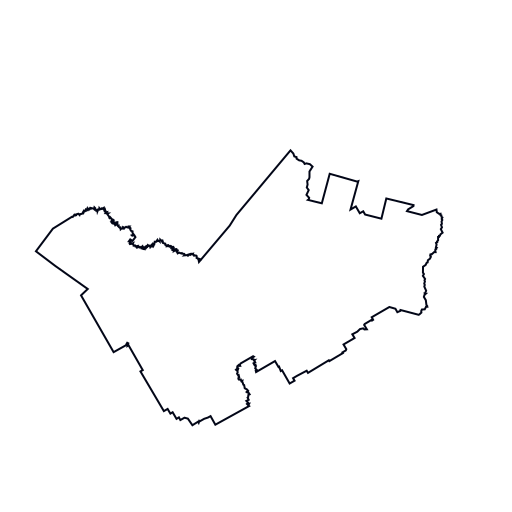 Lachlan, New South Wales, Australia, rotated 52°
{"feature_id": "25037944B93105500759341", "entity_name": "Lachlan", "entity_type": "district", "adm_level": 2, "iso_a3": "AUS", "parent_name": "Australia", "parent_adm1": "New South Wales", "projection": "mercator", "projection_center": [147.012, -32.8], "detail": "fine", "context": "isolated", "style": "outline", "palette": "ink", "viewbox_px": 512, "rotation_deg": 52, "n_neighbors": 0, "source": "geoboundaries", "source_scale": "gbopen_adm2", "svg_char_len": 6146}
<svg xmlns="http://www.w3.org/2000/svg" viewBox="0 0 512 512"><g transform="rotate(52 256 256)"><path d="M350.2,410.3L350.9,403.6L352.1,403.8L351.2,402.4L351.6,402.4L352.4,397.0L353.7,393.4L354.2,390.4L363.9,391.9L370.0,353.8L368.9,354.0L368.5,353.1L368.3,354.0L367.0,354.2L366.9,352.5L364.3,352.8L364.8,350.3L362.4,349.8L362.3,349.0L360.8,347.6L361.1,346.2L358.8,346.0L358.4,346.8L357.4,347.1L357.3,345.2L355.5,345.3L353.3,346.3L350.4,344.8L349.6,345.2L347.2,344.3L346.3,344.6L345.8,343.6L345.3,344.5L343.9,344.0L343.0,345.5L341.9,345.5L341.3,344.3L340.3,344.9L341.0,343.8L339.2,343.0L339.1,343.5L337.1,343.4L336.4,342.1L335.2,341.4L333.3,341.8L333.2,340.7L334.3,340.1L333.7,339.2L332.2,339.4L331.4,338.6L331.3,337.4L331.7,337.6L332.8,336.1L331.7,335.8L331.2,334.3L333.2,320.0L334.0,319.7L333.9,321.0L334.8,322.7L336.1,321.5L336.9,321.8L337.2,321.2L337.3,321.8L339.3,322.1L339.0,324.0L340.9,324.3L341.4,323.4L342.5,324.3L342.8,324.0L344.1,325.8L347.0,325.4L347.2,326.0L346.4,325.9L346.2,326.8L347.5,327.4L350.5,305.7L357.3,306.6L357.4,305.9L361.9,307.3L362.1,305.8L377.2,308.0L378.0,302.4L375.1,302.0L375.7,297.4L377.6,286.7L380.1,287.0L383.0,262.8L384.0,262.9L386.0,247.3L385.2,247.2L385.7,243.4L385.0,242.2L379.6,241.5L381.3,228.8L377.0,228.3L378.0,222.8L377.6,219.0L379.0,216.1L380.6,215.8L382.0,213.8L376.9,213.2L376.5,212.2L377.5,204.2L378.3,204.3L378.4,203.0L375.5,202.5L378.3,182.3L383.4,178.6L387.3,179.2L388.1,176.1L387.5,175.4L402.5,164.0L402.6,163.1L402.4,160.5L401.1,159.7L400.3,158.2L401.9,155.9L400.7,153.2L401.1,152.7L400.7,152.7L400.8,151.9L399.4,151.8L395.4,149.4L391.6,148.9L390.4,147.2L390.3,146.0L390.0,146.5L389.3,146.1L389.6,145.8L388.1,143.3L383.7,142.2L382.7,140.8L381.3,140.4L380.1,138.6L378.9,138.2L378.2,136.9L374.4,136.7L373.6,134.8L371.9,134.7L367.3,131.0L367.5,127.9L366.4,125.7L366.7,124.7L365.2,123.2L365.2,120.6L364.3,118.7L363.0,118.6L362.5,118.0L362.7,117.2L362.3,117.2L362.8,115.8L362.6,113.2L363.5,112.1L361.6,111.1L361.4,109.6L360.8,109.6L360.7,108.8L360.2,109.2L358.2,106.7L356.5,106.1L356.7,104.7L356.0,104.4L355.8,102.9L353.1,100.8L353.6,100.1L352.8,99.4L353.3,98.7L352.5,97.3L352.5,94.6L348.6,93.8L347.9,91.8L345.4,91.0L345.1,89.7L343.0,88.5L342.3,87.0L341.1,86.9L340.4,85.4L339.1,85.7L338.1,84.9L337.2,85.4L336.3,84.6L335.6,85.7L332.8,86.6L330.5,85.2L325.8,100.0L313.6,109.4L312.9,107.4L313.6,101.2L312.9,100.5L290.9,117.9L303.8,134.2L290.5,144.5L286.8,144.0L286.2,147.9L278.4,146.8L277.6,152.9L260.0,129.3L259.6,130.5L236.6,147.3L255.0,171.7L243.8,180.5L243.8,179.5L242.9,178.3L238.9,178.6L236.5,173.9L233.3,173.8L231.5,171.4L228.4,169.5L227.9,166.7L226.9,165.4L222.3,161.8L220.4,156.4L216.8,157.0L214.0,159.3L213.4,161.0L211.6,160.7L209.0,161.5L207.2,163.1L204.3,164.1L203.0,163.2L201.1,164.5L198.3,163.5L194.0,163.8L211.6,246.1L215.9,258.1L225.6,304.6L223.8,303.7L224.2,303.1L223.0,303.4L223.0,302.7L221.0,304.0L219.6,302.8L218.6,303.0L217.6,304.6L216.9,304.3L215.8,305.0L215.4,304.4L215.1,305.2L214.8,304.4L214.7,306.6L214.0,306.4L213.1,308.8L213.9,308.4L213.9,309.4L213.1,309.4L211.4,312.1L211.3,311.3L210.1,311.3L208.5,312.9L208.0,312.7L207.6,313.6L206.0,314.5L205.7,316.1L203.3,315.4L203.7,314.7L203.4,314.2L202.6,314.6L202.9,315.7L202.0,315.5L201.8,316.6L201.2,315.0L200.3,316.3L200.6,316.9L200.0,317.3L200.4,318.0L199.7,318.3L199.1,317.8L199.4,316.5L198.6,316.6L198.5,315.6L197.9,315.6L197.4,317.4L196.8,316.6L195.8,316.9L195.9,317.9L195.4,318.4L194.8,318.0L194.2,318.9L193.4,318.5L193.0,319.1L193.5,319.8L193.8,319.6L193.3,320.5L192.7,320.0L191.3,320.6L190.4,319.9L188.5,321.3L187.3,321.2L187.3,320.6L186.2,320.2L186.0,321.0L184.4,321.3L184.9,321.6L184.4,322.6L185.1,323.0L184.4,323.1L183.9,324.1L182.6,323.8L183.3,326.0L182.4,327.0L184.3,329.1L184.2,329.8L183.5,329.0L182.8,329.5L183.7,330.6L184.9,330.6L185.2,331.4L184.3,331.5L184.1,332.5L183.6,331.3L183.0,331.4L183.3,332.0L182.6,333.3L183.2,333.8L182.0,333.9L181.8,334.9L181.4,334.3L180.8,334.5L181.6,335.7L180.8,335.8L180.6,337.0L181.1,337.5L181.8,337.2L182.1,338.1L181.1,338.9L180.6,338.2L180.4,338.6L180.8,339.4L181.9,339.7L181.2,340.4L180.3,339.9L180.4,340.8L179.9,341.2L179.5,340.0L178.4,339.5L178.5,341.4L177.7,341.7L177.8,342.3L176.2,342.6L176.5,343.9L176.0,344.8L174.8,344.6L174.7,344.0L174.1,345.1L173.3,344.8L172.5,346.1L171.4,345.5L170.3,346.0L170.1,345.4L169.8,346.4L168.6,346.5L169.4,347.2L169.0,348.0L168.3,347.9L167.7,346.5L168.2,346.3L167.6,346.0L166.2,347.2L165.5,344.9L168.1,344.0L166.9,339.4L164.8,339.1L163.8,341.0L163.2,341.1L163.8,339.3L163.5,339.1L161.5,339.0L160.6,338.1L159.0,339.0L157.0,338.5L156.8,337.8L156.0,337.9L156.3,338.5L155.3,338.8L155.4,338.2L154.8,338.4L154.7,337.7L154.2,338.3L154.6,338.8L154.3,339.8L153.0,340.4L152.9,342.2L152.3,342.5L152.7,342.9L151.6,343.2L152.5,344.0L151.5,345.0L151.6,346.2L150.2,345.4L150.2,345.9L148.5,346.2L147.5,345.5L147.2,346.3L144.9,346.1L145.3,345.4L144.0,344.4L143.4,345.4L145.1,347.0L145.1,348.0L142.9,347.4L143.3,347.9L142.2,348.2L142.4,348.7L141.8,349.1L141.0,349.1L141.4,348.0L140.8,348.2L141.4,347.3L139.7,347.5L139.9,346.2L139.1,346.4L138.8,347.5L138.3,346.9L135.8,347.0L136.1,348.0L135.7,348.1L134.5,347.5L131.3,347.4L131.4,346.2L129.7,348.1L129.4,346.8L128.9,347.7L128.0,347.0L127.5,347.7L125.5,347.1L126.2,346.3L125.5,346.0L125.0,346.7L124.3,346.2L124.1,347.3L124.5,347.7L123.8,348.9L123.4,348.7L123.2,350.0L121.9,350.0L122.9,351.0L122.2,351.7L123.2,353.4L122.0,352.7L121.9,354.0L120.6,353.7L120.3,354.6L119.5,354.7L119.1,353.3L118.2,353.4L119.1,354.5L116.3,356.7L116.8,357.1L116.2,357.5L116.6,358.1L116.1,358.5L116.4,359.0L115.8,359.1L116.1,359.9L114.7,359.6L115.4,360.8L114.6,361.3L115.7,362.4L115.3,362.9L114.3,362.4L115.0,363.4L114.3,363.6L114.8,364.9L115.3,364.7L116.0,365.8L115.4,366.1L115.6,367.2L114.6,369.0L115.1,369.8L113.3,370.0L112.4,372.4L113.1,372.7L112.7,373.7L111.7,373.8L112.4,376.4L111.8,376.8L109.4,399.2L116.8,426.5L140.2,420.3L178.4,408.9L179.3,418.1L244.1,427.4L246.4,412.5L245.7,412.4L245.1,410.9L246.2,410.4L247.8,412.5L248.0,411.4L276.2,415.5L275.8,418.1L321.5,424.1L322.1,419.8L327.5,420.5L327.8,417.9L335.4,418.9L335.7,416.1L338.7,416.6L339.4,411.9L342.2,409.8L350.2,410.3Z" fill="none" stroke="#020617" stroke-width="2"/></g></svg>